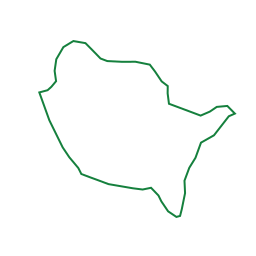 Samchon, Hwanghae-namdo, North Korea, rotated 290°
{"feature_id": "82179303B40793124111890", "entity_name": "Samchon", "entity_type": "district", "adm_level": 2, "iso_a3": "PRK", "parent_name": "North Korea", "parent_adm1": "Hwanghae-namdo", "projection": "mercator", "projection_center": [125.273, 38.339], "detail": "fine", "context": "isolated", "style": "outline", "palette": "green", "viewbox_px": 256, "rotation_deg": 290, "n_neighbors": 0, "source": "geoboundaries", "source_scale": "gbopen_adm2", "svg_char_len": 797}
<svg xmlns="http://www.w3.org/2000/svg" viewBox="0 0 256 256"><g transform="rotate(290 128 128)"><path d="M131.1,32.5L108.3,51.5L96.7,63.6L87.4,73.3L80.4,82.9L73.4,95.0L68.8,99.9L68.7,109.5L68.7,114.4L68.7,116.8L68.6,128.9L70.8,141.0L73.0,153.1L75.2,162.8L79.7,170.1L75.0,179.7L70.4,184.5L63.4,194.2L62.7,197.1L61.0,203.9L63.2,207.0L70.2,206.3L86.3,203.9L97.8,199.1L111.6,199.2L123.1,201.6L139.2,201.6L150.6,211.3L173.5,218.7L178.1,223.5L182.7,213.8L178.2,204.2L171.4,199.3L164.5,192.0L164.6,182.4L164.7,170.3L164.8,158.2L174.1,153.4L181.0,151.0L183.3,143.7L190.3,134.1L195.0,126.8L192.8,112.3L188.3,100.2L183.8,85.6L183.9,78.4L188.6,68.7L193.2,59.0L191.0,46.9L181.9,39.6L168.1,37.1L156.6,39.5L147.4,44.4L140.5,41.9L136.0,39.5L131.1,32.5Z" fill="none" stroke="#15803d" stroke-width="2"/></g></svg>